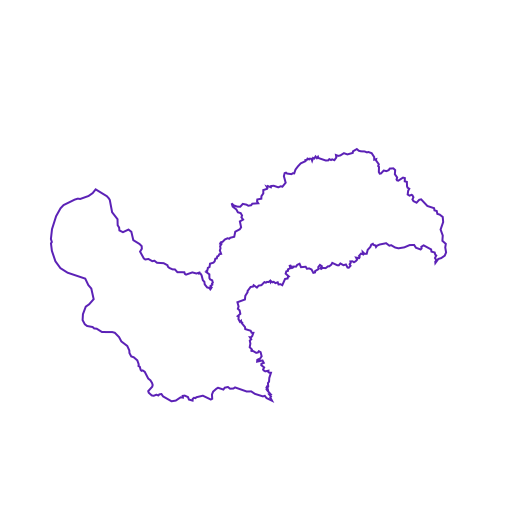 the district of Rusizi, Western, Rwanda, rotated 332°
{"feature_id": "39286606B89224673348511", "entity_name": "Rusizi", "entity_type": "district", "adm_level": 2, "iso_a3": "RWA", "parent_name": "Rwanda", "parent_adm1": "Western", "projection": "orthographic", "projection_center": [29.077, -2.558], "detail": "fine", "context": "isolated", "style": "outline", "palette": "violet", "viewbox_px": 512, "rotation_deg": 332, "n_neighbors": 0, "source": "geoboundaries", "source_scale": "gbopen_adm2", "svg_char_len": 6133}
<svg xmlns="http://www.w3.org/2000/svg" viewBox="0 0 512 512"><g transform="rotate(332 256 256)"><path d="M422.9,268.6L421.9,266.8L422.1,265.3L424.0,261.4L422.4,259.9L424.0,257.1L422.6,255.8L417.0,256.3L416.1,255.5L416.0,254.5L417.5,252.9L417.0,249.0L419.2,245.5L418.4,243.1L415.1,241.6L413.5,242.5L411.0,242.3L408.9,240.5L405.1,241.8L403.9,241.4L403.9,239.5L406.4,235.1L406.1,233.9L407.5,232.7L406.8,227.6L407.5,226.9L405.6,226.5L406.8,224.1L406.4,219.5L404.0,216.9L402.6,216.6L401.0,214.7L397.9,212.9L396.2,211.4L395.2,208.9L390.8,209.1L389.8,210.4L384.4,209.2L381.9,206.5L377.7,206.8L375.6,206.2L374.0,204.4L373.2,206.7L370.2,208.2L368.6,206.4L367.3,206.5L366.2,204.9L364.7,205.5L362.5,204.5L357.1,198.8L357.3,197.5L355.7,198.2L355.3,196.1L353.2,197.3L352.4,196.2L350.3,198.2L350.6,196.2L348.9,195.2L348.2,195.6L347.2,194.2L346.1,195.0L344.6,194.5L344.2,195.5L339.0,195.2L335.2,196.5L331.5,198.2L328.5,201.0L327.3,200.2L325.8,200.4L322.1,197.8L321.6,196.5L320.2,196.3L318.1,198.6L316.6,205.2L311.8,207.2L310.7,206.1L307.9,205.8L304.6,202.3L302.2,201.3L301.4,202.3L299.3,199.8L298.4,200.5L298.0,199.9L298.0,201.4L297.3,201.9L293.4,201.2L291.8,204.2L288.9,205.7L287.6,207.9L283.7,206.7L282.6,208.2L282.7,210.5L277.3,208.1L275.5,208.9L272.8,208.0L271.7,206.2L268.8,203.8L265.2,205.1L262.5,203.5L260.0,200.7L259.2,198.1L258.6,201.4L260.5,205.7L260.5,208.9L262.6,210.9L262.7,213.7L261.3,215.0L261.7,217.8L258.0,217.9L256.3,223.7L254.2,224.8L249.1,224.8L245.8,228.8L241.8,227.8L240.5,228.2L239.2,227.0L236.3,226.8L233.2,227.8L231.3,227.4L230.1,228.3L231.0,229.3L228.9,230.5L228.3,232.5L226.7,234.1L226.2,237.7L224.5,237.2L222.8,238.3L221.5,238.2L220.3,239.7L218.8,239.3L217.0,241.3L215.3,241.9L211.8,241.2L209.8,243.9L207.9,243.9L206.6,245.6L205.4,245.9L205.4,246.7L204.5,246.7L206.2,250.3L204.5,253.6L204.5,255.1L205.9,256.9L205.4,259.2L204.2,259.7L204.0,260.8L201.9,261.1L202.0,262.6L200.9,262.3L201.1,263.5L200.0,264.0L199.9,262.5L198.1,260.8L197.4,257.0L198.3,254.5L197.7,252.5L198.9,247.4L198.7,245.3L197.5,244.8L198.0,244.0L195.2,243.5L192.1,240.6L185.5,239.6L184.8,238.4L185.1,236.7L179.0,233.4L178.1,229.8L176.1,228.7L173.9,225.9L173.2,224.1L173.5,222.6L171.1,219.0L165.4,215.5L164.1,212.5L162.0,211.9L159.6,208.1L156.6,207.1L155.8,205.5L155.7,197.7L158.6,196.0L159.7,193.6L158.8,190.7L155.1,184.4L157.3,176.1L155.8,172.8L149.7,172.5L147.4,169.3L148.5,166.6L148.3,163.9L151.0,158.5L149.5,149.8L153.2,137.9L153.1,136.0L152.4,133.2L145.7,121.9L141.3,123.8L136.3,124.4L127.5,123.1L125.6,121.7L122.4,121.1L110.0,120.7L105.8,122.1L98.2,127.0L88.5,136.5L82.9,144.7L82.3,147.8L80.9,148.6L78.2,155.6L76.4,166.5L77.6,174.9L81.8,182.3L94.6,195.8L94.3,203.0L95.3,207.4L92.4,217.9L86.0,220.3L81.9,220.8L75.9,226.1L72.8,231.2L72.8,235.9L74.0,238.5L78.4,242.0L79.1,244.0L81.2,245.4L84.3,250.8L93.4,255.7L95.3,257.5L97.0,263.3L97.0,268.2L100.1,275.0L99.8,279.9L98.7,282.3L98.7,286.1L100.5,288.0L102.2,292.4L101.6,296.5L100.6,298.0L101.4,299.2L100.7,302.4L101.0,303.6L102.2,303.8L103.4,306.0L103.3,313.6L104.4,316.2L104.6,319.3L104.2,321.4L103.0,322.7L97.4,324.7L97.1,326.4L98.5,330.2L100.1,331.4L102.9,331.7L104.3,333.3L105.7,332.8L107.7,333.5L108.0,336.3L113.2,344.6L117.3,346.0L123.1,345.4L125.0,346.7L125.6,345.1L127.5,345.8L129.7,348.6L129.4,351.3L132.1,353.9L133.1,352.4L134.7,352.1L135.8,353.1L137.0,352.7L143.5,354.4L148.7,361.5L150.3,361.5L152.1,357.6L154.5,355.6L158.7,354.6L160.6,354.5L164.5,358.6L166.6,357.6L169.7,358.5L170.8,361.0L173.8,362.4L175.8,362.2L184.2,371.3L188.2,373.3L190.3,377.2L196.2,383.2L198.1,383.6L198.6,386.4L202.2,391.3L202.2,387.6L203.3,387.1L202.7,384.4L204.0,384.9L202.9,380.2L203.6,380.2L203.9,379.1L203.0,378.5L203.9,377.7L203.5,377.1L204.3,376.5L204.7,377.4L205.5,377.0L206.9,373.8L208.5,373.1L210.5,369.9L214.4,366.1L212.9,365.2L212.4,364.1L213.1,363.1L210.0,362.2L209.0,360.5L209.0,359.5L210.9,358.2L209.4,354.9L210.2,353.7L212.7,354.0L212.7,351.3L207.4,349.8L208.4,348.3L209.9,348.3L210.4,349.0L213.9,347.2L214.9,343.1L213.8,341.4L212.4,342.1L210.7,341.6L209.0,338.8L207.5,337.6L206.7,338.1L208.5,336.6L207.6,333.6L209.9,330.7L210.8,327.8L212.7,327.3L212.5,324.9L213.5,325.5L215.1,324.9L217.6,322.6L216.1,321.7L216.2,319.5L212.2,315.5L212.9,313.6L211.9,308.5L212.5,308.2L211.9,307.2L212.3,306.2L210.9,306.5L210.9,303.4L212.2,301.5L211.6,300.5L215.0,299.7L216.0,296.3L215.2,294.1L216.9,292.4L217.9,288.1L225.8,289.2L227.9,286.1L231.6,284.0L232.1,283.0L236.7,280.8L239.0,281.6L240.2,280.7L242.0,284.3L244.4,283.4L247.1,284.3L251.2,283.0L252.2,284.2L253.5,284.0L254.9,284.9L256.9,284.5L256.6,286.1L257.6,285.6L258.3,287.0L259.5,287.1L260.4,289.1L262.8,289.4L262.5,291.7L264.4,292.4L265.5,294.1L270.9,289.9L273.3,290.7L274.3,289.6L275.4,289.5L273.9,285.5L275.5,283.8L277.3,284.1L277.9,282.8L280.6,282.9L281.2,280.5L282.0,280.7L282.2,283.5L283.4,283.5L283.9,282.8L286.4,284.2L288.2,283.2L290.8,283.3L290.5,287.0L294.8,288.8L295.0,291.2L297.1,291.9L298.7,294.0L298.7,297.8L300.4,298.2L301.1,297.1L305.0,296.9L305.8,295.0L308.3,293.9L309.3,295.9L307.2,297.2L307.5,298.0L309.2,297.8L311.8,299.4L314.8,298.9L315.7,299.5L318.4,299.0L320.1,297.9L323.5,302.4L324.7,303.1L327.0,302.2L328.9,305.2L331.4,305.7L331.4,309.2L332.4,309.9L334.9,309.0L334.8,307.2L336.4,306.5L336.8,305.1L338.7,306.0L339.6,307.5L341.6,307.4L343.6,306.7L343.6,304.4L346.1,306.3L347.1,305.5L347.0,304.3L349.8,303.2L351.2,304.7L352.1,302.5L352.9,305.1L354.8,306.0L357.5,303.0L361.2,301.7L363.1,300.1L364.9,300.1L364.9,301.3L366.4,302.7L366.2,304.4L367.7,303.7L370.5,303.9L376.9,305.8L378.6,309.5L380.4,309.9L382.8,313.8L385.4,316.1L391.0,318.0L396.8,318.5L400.8,320.5L401.1,323.8L404.4,327.5L405.7,327.1L406.3,325.5L409.0,325.3L413.7,332.4L413.0,334.5L415.4,336.8L414.9,339.0L415.4,340.2L413.1,341.8L413.2,344.5L411.6,345.2L411.1,346.4L415.6,344.2L418.5,344.8L422.8,344.3L425.5,342.1L427.1,337.3L429.3,334.4L427.7,330.1L430.5,325.6L431.4,319.3L437.2,313.9L439.2,309.2L437.6,305.6L435.9,304.0L436.7,301.1L435.0,299.5L435.7,297.4L430.8,292.3L428.4,283.5L426.5,283.0L422.8,284.3L420.8,281.5L420.7,279.5L422.6,278.0L422.6,275.8L422.1,275.0L419.9,274.8L418.8,272.9L421.0,269.8L422.9,268.6Z" fill="none" stroke="#5b21b6" stroke-width="2"/></g></svg>